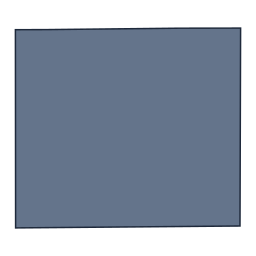 Uvalde, Texas, United States of America (Mercator projection)
{"feature_id": "52423323B37617394138403", "entity_name": "Uvalde", "entity_type": "district", "adm_level": 2, "iso_a3": "USA", "parent_name": "United States of America", "parent_adm1": "Texas", "projection": "mercator", "projection_center": [-99.826, 29.357], "detail": "fine", "context": "isolated", "style": "filled", "palette": "slate", "viewbox_px": 256, "rotation_deg": 0, "n_neighbors": 0, "source": "geoboundaries", "source_scale": "gbopen_adm2", "svg_char_len": 207}
<svg xmlns="http://www.w3.org/2000/svg" viewBox="0 0 256 256"><path d="M15.4,29.7L15.6,227.9L240.0,226.0L240.6,28.1L179.1,28.2L46.9,29.6L15.4,29.7Z" fill="#64748b" stroke="#1e293b" stroke-width="1.5"/></svg>